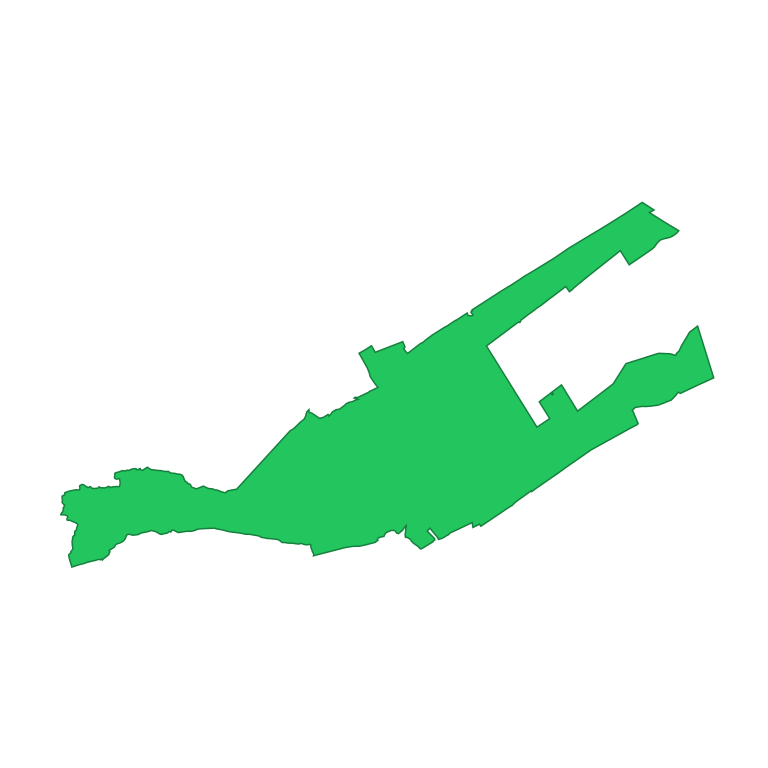 outline of Pietroasele, Buzau, Romania, rotated 267°
{"feature_id": "2599482B21343855806464", "entity_name": "Pietroasele", "entity_type": "district", "adm_level": 2, "iso_a3": "ROU", "parent_name": "Romania", "parent_adm1": "Buzau", "projection": "albers", "projection_center": [26.589, 45.1], "detail": "fine", "context": "isolated", "style": "filled", "palette": "green", "viewbox_px": 768, "rotation_deg": 267, "n_neighbors": 0, "source": "geoboundaries", "source_scale": "gbopen_adm2", "svg_char_len": 6075}
<svg xmlns="http://www.w3.org/2000/svg" viewBox="0 0 768 768"><g transform="rotate(267 384 384)"><path d="M543.6,662.8L551.8,651.4L551.5,650.8L541.4,633.6L530.4,613.8L510.1,575.8L500.7,560.4L488.6,538.2L484.1,529.5L482.7,527.4L476.1,516.0L470.4,505.4L453.4,475.8L452.4,476.1L452.2,475.2L451.7,474.7L450.8,474.6L448.8,476.3L448.2,476.4L447.7,475.7L447.4,473.9L447.7,473.5L448.0,471.4L450.5,470.8L443.7,459.0L443.8,458.7L439.3,451.1L438.6,450.2L438.1,448.5L430.5,434.9L426.4,428.8L423.1,424.4L423.0,423.5L422.0,421.8L413.2,409.0L417.9,405.6L419.9,406.9L425.3,404.9L416.1,376.9L422.7,373.6L422.8,373.3L419.3,367.4L416.0,360.7L400.7,368.3L395.4,370.0L392.7,370.4L391.7,370.8L384.3,375.3L380.9,377.8L377.5,369.4L376.5,368.1L371.8,356.7L372.3,354.5L371.5,353.5L370.1,357.3L369.0,353.6L368.0,351.5L367.5,347.8L366.9,347.3L366.9,346.5L366.6,346.3L366.4,345.4L364.6,343.4L363.6,341.7L362.6,340.5L362.5,340.1L361.3,338.6L360.8,334.5L360.1,333.5L358.9,331.0L356.8,329.4L354.9,327.3L356.5,326.5L353.6,321.2L353.7,319.9L352.9,318.5L353.1,317.8L358.7,310.4L359.2,308.9L359.5,308.2L360.1,307.7L362.3,307.7L360.3,305.5L358.0,304.6L356.0,304.1L353.1,302.4L350.1,298.3L344.0,291.3L342.2,287.8L286.5,231.2L286.5,229.4L285.4,222.1L284.8,221.2L284.0,220.6L283.8,219.8L283.9,219.0L284.8,216.3L286.9,211.6L286.8,210.7L287.2,209.4L288.2,207.4L288.9,203.0L291.5,198.2L289.1,191.2L291.1,186.5L293.9,185.3L295.0,182.8L296.4,181.9L296.9,180.7L299.7,179.3L300.4,179.3L301.2,178.8L302.1,178.7L303.8,177.3L304.7,174.7L305.0,172.3L305.6,170.9L306.2,166.8L306.7,165.5L307.7,164.6L308.0,164.1L308.1,160.9L308.8,157.7L309.1,157.3L309.4,154.6L310.6,147.2L311.3,146.0L313.3,143.3L311.4,139.9L310.5,139.1L310.7,137.0L312.3,136.1L312.1,135.1L311.1,134.0L311.1,133.4L311.2,133.0L312.5,131.9L312.4,129.1L312.1,127.2L311.0,124.8L311.3,123.8L311.4,122.9L311.3,122.4L310.8,122.0L310.6,121.5L310.9,120.2L311.1,118.3L310.9,117.1L309.9,114.0L309.7,112.4L309.0,110.7L308.4,110.4L307.0,110.5L305.1,109.9L304.3,110.0L303.7,110.4L302.9,112.1L303.3,113.1L303.3,114.4L303.0,114.9L299.5,115.4L296.1,114.8L295.4,114.3L295.6,111.2L295.5,108.2L295.3,106.5L294.8,105.1L295.6,104.7L296.0,104.3L296.2,103.5L294.9,100.5L294.9,99.0L295.3,95.5L296.2,94.0L295.3,93.2L294.9,92.3L294.8,89.4L295.0,88.3L295.0,87.5L295.2,86.7L296.5,85.9L296.9,84.7L296.4,84.3L296.1,82.9L296.5,82.5L296.6,82.0L297.2,81.1L299.2,78.7L299.3,77.1L299.5,77.0L298.6,75.2L298.2,74.8L297.6,74.6L296.5,74.9L295.8,74.9L294.8,74.5L294.1,73.8L294.1,72.6L294.5,71.5L294.4,69.9L293.4,63.3L293.0,62.3L292.2,59.6L290.1,59.4L288.9,56.7L287.0,56.6L284.6,56.8L282.6,56.3L280.8,57.6L280.1,58.7L279.4,58.2L277.9,58.2L277.0,57.1L275.2,57.1L273.9,56.7L272.5,55.9L272.3,55.4L271.7,55.0L270.4,54.4L270.1,55.6L270.2,57.6L269.6,59.3L269.0,60.5L268.4,61.1L267.6,61.2L265.8,60.3L265.2,60.3L264.5,60.7L264.4,62.8L263.9,64.0L261.6,68.6L260.4,70.5L259.6,70.9L256.1,69.5L254.5,69.3L253.2,67.6L251.0,67.2L250.0,67.2L249.4,67.5L249.0,67.1L248.6,66.1L247.9,65.4L246.6,64.9L244.4,64.8L243.7,64.3L238.7,64.3L236.3,64.8L234.8,64.1L232.9,62.5L231.8,62.4L230.4,60.6L229.7,60.2L226.2,60.6L217.5,62.7L219.3,69.3L220.5,75.3L221.3,77.7L222.5,83.5L222.8,86.0L223.7,89.3L223.7,90.4L223.3,91.7L223.4,92.2L223.8,92.9L223.0,93.5L224.3,94.9L226.9,98.8L228.3,100.4L229.2,100.6L230.7,101.6L231.3,101.4L232.0,100.7L232.5,101.1L233.6,103.4L235.3,106.3L237.3,107.4L238.0,108.1L239.3,112.6L240.2,114.5L241.6,116.3L242.6,117.2L246.7,119.2L247.3,121.1L247.3,121.8L246.2,124.9L246.3,128.6L246.6,130.9L247.9,133.7L249.0,141.0L249.9,144.0L248.4,148.6L245.8,152.5L245.5,153.5L245.5,154.7L246.1,156.6L246.2,158.6L246.6,159.9L246.9,160.6L247.8,161.4L248.0,162.0L247.3,163.3L248.7,164.3L249.1,165.0L249.2,165.6L248.8,166.7L246.7,170.1L246.4,171.2L247.2,178.7L247.0,184.2L248.0,188.6L248.5,189.5L248.9,191.6L249.0,196.1L248.9,207.5L248.2,208.7L246.5,215.8L244.7,221.2L242.5,233.3L241.2,237.8L241.0,241.6L238.8,251.2L237.3,253.4L236.6,256.6L235.8,259.4L235.6,261.7L234.5,268.8L233.7,271.0L231.1,273.8L230.8,277.1L230.2,279.4L229.9,282.0L230.0,283.0L228.7,289.7L228.7,291.4L229.2,292.1L229.1,293.3L227.9,295.8L227.8,297.0L227.4,298.1L227.5,298.8L227.5,299.8L227.8,300.5L227.6,301.5L227.3,302.4L223.5,302.7L221.4,303.6L220.4,303.6L219.3,304.4L218.0,304.8L216.6,304.9L216.2,304.7L222.1,333.8L222.8,337.7L223.5,344.6L223.3,351.2L224.3,357.2L226.4,367.4L226.8,367.4L227.5,368.1L227.9,369.6L228.4,369.2L229.3,369.4L230.3,370.1L230.8,370.8L231.3,372.7L231.8,376.0L233.2,376.7L234.7,377.6L235.7,378.7L235.9,379.8L236.6,380.7L236.5,381.7L237.4,383.0L237.2,386.8L237.0,387.1L234.4,389.0L234.2,389.9L233.8,390.5L236.8,394.7L239.5,396.8L241.6,398.8L240.4,398.8L237.9,398.0L236.6,398.0L232.3,397.2L229.7,397.4L229.8,398.5L229.5,399.2L227.4,402.3L226.0,402.9L223.3,405.2L220.3,409.2L217.6,411.5L217.3,412.4L218.8,415.4L224.0,424.9L225.4,425.5L225.5,425.7L225.4,426.4L227.0,426.4L234.9,419.5L237.6,422.3L227.5,429.8L225.9,430.3L226.7,433.4L228.0,436.5L228.8,437.6L230.1,440.5L231.6,441.9L241.0,464.8L236.1,465.3L239.0,472.0L236.9,473.3L255.6,504.5L255.6,505.1L259.4,509.4L269.6,525.4L268.8,525.9L271.7,530.2L284.4,550.8L289.0,558.1L289.4,558.5L307.5,587.6L327.4,628.6L330.2,634.8L331.2,635.7L343.2,631.4L344.7,630.5L346.0,632.1L347.0,633.0L347.5,634.3L348.0,638.7L348.1,641.7L347.8,643.8L348.0,650.2L348.5,656.3L350.1,661.8L353.0,670.1L356.7,674.1L360.4,677.5L359.1,679.4L366.2,696.7L372.9,713.6L425.4,700.2L419.8,691.9L406.3,682.9L401.5,680.4L400.0,678.5L399.1,677.6L397.3,676.9L399.2,671.3L400.2,660.9L400.1,659.1L391.7,626.7L372.2,612.9L365.8,603.7L346.8,575.9L373.8,561.2L367.1,551.3L365.1,552.6L364.4,551.4L366.4,550.3L358.1,538.1L340.8,547.7L332.9,534.5L416.6,488.3L438.7,521.3L438.7,521.9L438.3,522.5L438.5,523.0L439.1,523.5L440.6,524.1L446.5,532.7L449.1,536.9L451.8,540.7L454.5,545.2L458.7,551.3L458.8,551.2L462.7,557.2L471.8,570.6L466.5,574.0L467.8,576.2L469.5,578.0L472.7,582.2L480.5,592.8L504.8,627.0L490.2,635.1L504.7,658.8L506.6,661.1L510.3,664.1L513.2,667.2L514.3,670.7L515.5,677.3L516.8,680.3L518.3,682.7L519.9,684.7L521.6,686.4L531.2,672.3L541.3,658.0L543.6,662.8Z" fill="#22c55e" stroke="#15803d" stroke-width="1.5"/></g></svg>